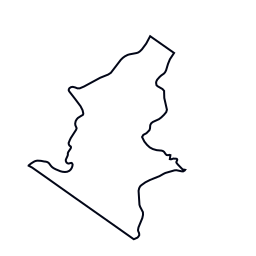 outline of Centro Sur, rotated 35°
{"feature_id": "GNQ-1468", "entity_name": "Centro Sur", "entity_type": "Province", "adm_level": 1, "iso_a3": "GNQ", "parent_name": "Equatorial Guinea", "parent_adm1": "", "projection": "robinson", "projection_center": [10.435, 1.583], "detail": "fine", "context": "isolated", "style": "outline", "palette": "ink", "viewbox_px": 256, "rotation_deg": 35, "n_neighbors": 0, "source": "natural_earth", "source_scale": "10m", "svg_char_len": 2200}
<svg xmlns="http://www.w3.org/2000/svg" viewBox="0 0 256 256"><g transform="rotate(35 128 128)"><path d="M93.5,40.1L122.7,40.1L122.9,47.6L124.0,52.5L126.1,58.9L126.4,61.1L126.2,62.9L125.1,65.9L124.6,68.1L124.2,71.7L124.5,73.6L125.1,74.9L125.3,75.1L126.8,76.6L128.3,76.8L133.9,76.3L136.3,76.9L137.0,77.9L140.5,82.6L149.4,90.7L150.2,93.1L149.9,96.6L149.2,100.2L148.3,103.0L144.9,108.8L144.3,110.9L144.6,112.9L146.3,115.8L146.8,117.5L146.1,121.7L144.5,124.8L144.7,127.3L149.1,129.7L153.2,130.9L156.9,131.4L160.4,131.0L164.2,129.7L168.6,127.2L170.2,126.8L171.4,126.9L173.8,127.8L175.1,128.0L176.4,127.3L177.4,126.2L178.3,125.9L180.1,129.5L181.2,129.0L182.8,126.9L183.8,126.4L184.7,125.7L185.7,125.3L186.6,125.8L186.8,126.5L187.1,128.1L187.5,128.6L189.6,129.3L196.4,130.6L197.0,130.5L197.5,130.1L198.8,129.5L198.8,130.3L198.0,132.0L196.6,132.8L191.9,134.8L190.4,136.0L184.4,143.4L183.4,145.2L181.4,149.4L175.9,157.8L173.4,162.5L171.7,167.3L171.4,168.9L171.7,171.0L172.7,173.4L181.4,184.3L183.0,185.5L188.5,188.4L190.1,190.5L191.4,193.6L193.6,203.4L194.8,206.0L195.9,206.9L197.0,207.5L197.9,208.3L198.7,209.4L198.8,211.0L198.6,212.4L196.8,215.4L196.5,215.8L166.4,215.7L126.5,215.6L123.4,215.6L86.6,215.4L72.1,215.4L68.2,215.9L68.1,215.6L69.0,212.5L70.3,209.5L71.0,208.3L71.8,207.4L72.5,206.7L75.6,204.8L78.8,203.4L79.4,203.0L81.0,202.3L82.3,202.1L83.5,202.2L86.2,203.1L87.8,203.5L89.9,203.6L92.4,203.3L97.4,202.2L99.5,201.4L101.6,200.2L103.3,198.7L104.5,196.7L104.9,194.8L104.8,192.9L104.3,191.1L103.6,189.7L102.4,189.0L101.6,189.1L100.8,189.9L99.9,191.1L98.7,191.6L97.3,191.5L95.9,190.6L95.2,189.5L94.5,185.7L94.1,184.4L93.3,183.4L92.9,182.2L92.8,180.1L92.8,178.4L92.6,176.9L91.8,176.0L90.3,176.0L89.1,175.5L88.0,174.4L87.3,171.5L86.9,169.1L86.5,159.2L86.0,157.6L83.4,156.0L82.2,154.7L81.2,152.4L81.0,150.3L81.2,148.5L82.6,145.1L83.5,143.2L83.4,142.5L83.0,141.7L80.6,139.5L76.7,137.4L68.2,134.6L58.8,131.7L57.8,131.1L57.3,130.2L57.2,128.9L57.9,127.2L59.1,126.0L61.4,125.1L63.9,124.5L65.7,123.2L68.2,119.2L76.4,102.8L81.1,95.6L82.3,92.6L83.0,76.3L83.5,73.6L84.3,71.2L85.8,68.3L87.1,66.7L92.1,61.6L93.1,60.2L93.8,58.3L94.3,55.6L94.5,48.4L93.5,40.1Z" fill="none" stroke="#020617" stroke-width="2"/></g></svg>